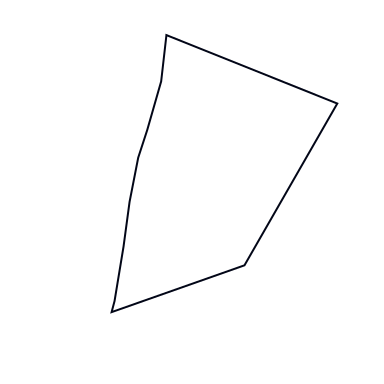 El Arish 1, Shamal Sina', Egypt (Mercator projection), rotated 296°
{"feature_id": "37247803B82765364508611", "entity_name": "El Arish 1", "entity_type": "district", "adm_level": 2, "iso_a3": "EGY", "parent_name": "Egypt", "parent_adm1": "Shamal Sina'", "projection": "mercator", "projection_center": [33.823, 31.13], "detail": "fine", "context": "isolated", "style": "outline", "palette": "ink", "viewbox_px": 384, "rotation_deg": 296, "n_neighbors": 0, "source": "geoboundaries", "source_scale": "gbopen_adm2", "svg_char_len": 308}
<svg xmlns="http://www.w3.org/2000/svg" viewBox="0 0 384 384"><g transform="rotate(296 192 192)"><path d="M335.2,283.8L321.8,100.2L320.8,100.6L277.9,115.8L228.0,124.6L199.3,128.6L155.8,140.2L112.9,154.4L60.0,170.2L48.8,172.4L149.1,271.3L335.2,283.8Z" fill="none" stroke="#020617" stroke-width="2"/></g></svg>